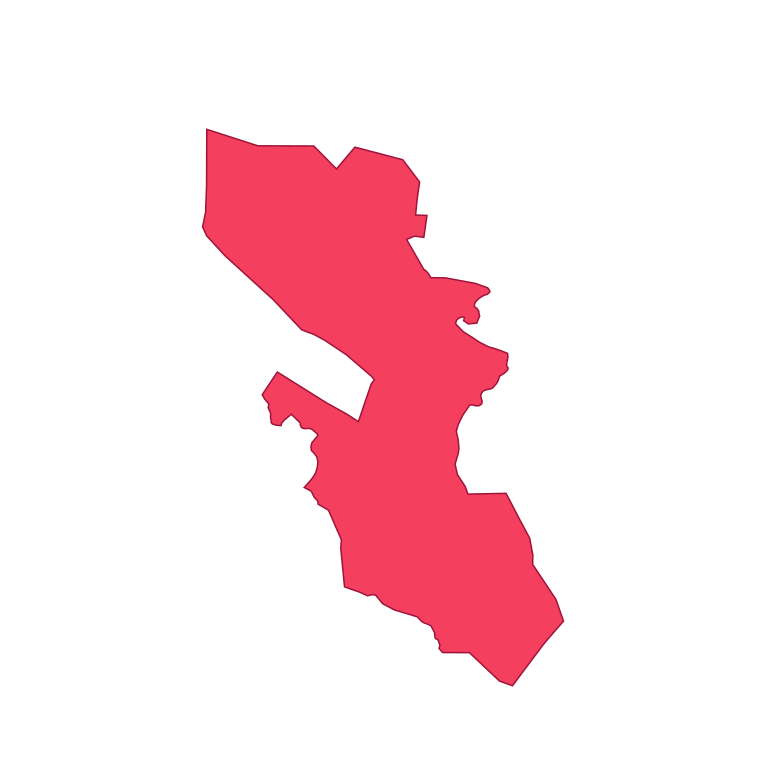 Shinkafi, Zamfara, Nigeria, rotated 46°
{"feature_id": "59680162B85493721249292", "entity_name": "Shinkafi", "entity_type": "district", "adm_level": 2, "iso_a3": "NGA", "parent_name": "Nigeria", "parent_adm1": "Zamfara", "projection": "robinson", "projection_center": [6.482, 13.036], "detail": "fine", "context": "isolated", "style": "filled", "palette": "rose", "viewbox_px": 768, "rotation_deg": 46, "n_neighbors": 0, "source": "geoboundaries", "source_scale": "gbopen_adm2", "svg_char_len": 2701}
<svg xmlns="http://www.w3.org/2000/svg" viewBox="0 0 768 768"><g transform="rotate(46 384 384)"><path d="M342.4,486.9L341.1,484.9L340.7,480.7L341.4,471.7L354.0,471.3L355.0,472.5L357.7,473.5L359.4,473.3L361.4,471.7L363.8,468.8L364.6,468.3L367.0,467.1L369.1,467.1L373.0,466.7L375.1,467.3L375.8,473.5L376.1,476.5L378.2,480.0L381.4,482.4L385.9,482.4L389.7,482.9L394.2,485.7L397.8,490.2L400.5,495.1L401.9,500.6L402.5,505.8L402.8,510.3L403.0,513.3L410.6,510.8L413.9,511.9L417.0,512.9L419.5,512.9L422.3,513.0L424.7,514.9L436.2,511.6L466.5,522.9L472.2,529.3L502.5,553.3L511.0,549.1L516.4,546.3L525.0,542.9L527.4,538.7L530.1,536.7L541.2,537.6L553.9,533.4L574.6,521.8L580.4,521.9L583.4,521.3L587.1,519.4L590.5,518.2L597.7,520.3L599.3,521.4L600.7,522.5L601.9,523.5L603.2,523.8L604.5,523.0L606.4,523.1L608.2,524.2L610.5,525.0L611.4,526.3L612.4,528.1L617.9,528.4L636.6,509.2L678.0,507.3L690.3,501.2L682.3,451.6L681.6,445.8L680.8,437.3L679.3,419.6L658.3,409.9L637.9,406.2L617.1,402.4L610.5,395.8L596.1,386.3L572.5,379.6L557.2,375.0L547.4,372.2L521.5,400.1L514.2,396.8L500.2,394.1L491.0,388.5L485.7,379.1L482.5,374.9L475.7,369.4L468.3,364.9L464.8,358.9L461.2,349.0L459.4,340.2L458.7,337.0L460.3,335.0L462.6,333.7L464.5,332.2L465.9,330.1L466.1,327.4L464.5,325.3L461.7,324.0L459.3,322.3L458.4,320.1L458.0,317.9L458.4,316.1L459.8,313.5L461.8,310.4L462.3,308.1L462.1,306.1L461.9,303.2L461.3,300.8L459.8,297.4L458.5,295.3L458.9,294.3L459.2,292.9L459.8,290.4L459.9,287.7L459.7,285.0L458.7,283.6L456.7,283.3L455.2,282.3L454.3,281.3L452.9,279.2L450.8,276.2L447.8,273.8L440.4,277.2L433.3,280.9L431.3,282.3L427.9,283.7L420.5,286.2L414.2,287.6L401.1,290.7L390.5,290.7L388.6,287.8L388.5,284.7L389.3,282.7L390.5,280.6L392.1,280.0L393.8,282.8L396.9,282.0L399.2,281.8L402.6,277.6L404.7,274.8L402.7,270.9L401.8,268.2L399.7,267.0L397.5,265.3L394.0,264.6L393.3,264.8L391.2,265.3L390.0,263.9L389.3,263.2L389.0,262.8L388.5,260.0L388.4,256.7L389.0,253.2L389.8,250.2L390.8,248.2L391.3,247.4L391.4,244.0L390.0,243.0L386.9,242.6L375.1,248.4L350.2,266.2L340.0,276.5L335.7,275.4L332.0,275.2L329.0,275.7L295.7,267.3L298.9,259.3L306.2,253.5L292.6,236.0L284.4,243.9L273.3,230.8L270.1,226.7L263.5,218.1L235.8,214.7L193.4,240.4L196.3,268.8L164.0,269.2L124.9,309.4L77.7,334.6L117.7,373.5L136.6,393.1L144.9,405.3L154.1,408.6L180.9,409.3L246.6,405.1L287.6,405.6L293.7,402.9L299.0,400.2L311.3,396.3L337.1,390.7L369.5,387.7L374.3,388.0L375.0,393.0L393.3,428.6L380.4,431.5L357.4,438.5L301.3,452.4L307.1,479.1L312.0,480.3L318.4,480.7L320.5,483.6L323.1,484.8L324.9,485.3L326.8,486.3L328.7,488.2L329.5,489.2L331.0,489.9L332.3,490.7L333.1,491.9L335.2,492.1L338.0,490.6L340.4,488.8L342.4,486.9Z" fill="#f43f5e" stroke="#9f1239" stroke-width="1.5"/></g></svg>